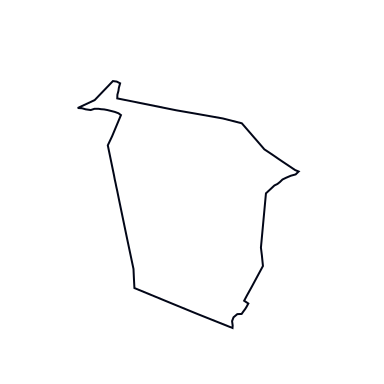 the district of Valente, Bahia, Brazil, rotated 237°
{"feature_id": "56859067B76755801477613", "entity_name": "Valente", "entity_type": "district", "adm_level": 2, "iso_a3": "BRA", "parent_name": "Brazil", "parent_adm1": "Bahia", "projection": "equal_earth", "projection_center": [-39.428, -11.383], "detail": "fine", "context": "isolated", "style": "outline", "palette": "ink", "viewbox_px": 384, "rotation_deg": 237, "n_neighbors": 0, "source": "geoboundaries", "source_scale": "gbopen_adm2", "svg_char_len": 1048}
<svg xmlns="http://www.w3.org/2000/svg" viewBox="0 0 384 384"><g transform="rotate(237 192 192)"><path d="M324.7,141.9L322.1,145.4L319.2,147.9L315.9,151.7L314.9,155.5L312.8,158.8L311.0,160.8L309.1,163.3L306.8,165.7L303.9,168.4L301.2,170.9L298.1,173.2L295.2,174.3L282.3,155.4L277.0,146.8L248.3,135.6L244.7,134.1L240.7,132.6L237.7,131.4L234.2,130.1L230.4,128.6L224.3,126.2L188.6,112.3L159.3,101.0L151.3,96.3L142.8,91.4L109.3,114.5L87.2,129.8L55.9,151.9L57.9,153.4L61.9,155.3L64.3,158.6L64.9,163.5L62.7,167.2L63.8,169.9L64.9,172.9L66.2,175.6L67.8,178.5L72.4,176.5L75.4,181.9L79.8,190.2L87.2,203.7L91.3,211.2L100.8,216.1L107.8,219.5L150.6,253.3L152.6,264.7L152.2,268.0L152.5,271.2L153.2,274.7L152.7,278.7L151.8,283.8L150.3,288.5L151.1,292.6L154.3,290.4L168.8,284.2L172.1,282.8L178.9,280.0L185.2,277.3L188.4,275.9L192.3,275.4L204.5,273.7L222.5,271.2L236.9,257.9L256.5,236.9L269.1,223.3L311.2,180.3L314.2,182.4L316.9,185.4L319.2,187.4L322.3,190.9L325.6,189.0L328.1,186.1L322.1,160.5L324.7,141.9Z" fill="none" stroke="#020617" stroke-width="2"/></g></svg>